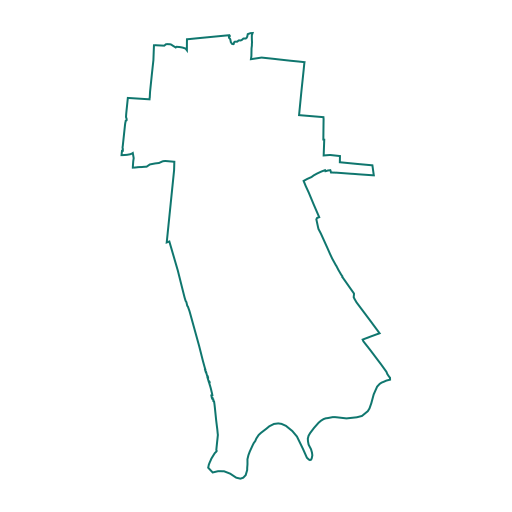 the district of Liesti, Galati, Romania, rotated 271°
{"feature_id": "2599482B2048722237539", "entity_name": "Liesti", "entity_type": "district", "adm_level": 2, "iso_a3": "ROU", "parent_name": "Romania", "parent_adm1": "Galati", "projection": "albers", "projection_center": [27.596, 45.626], "detail": "fine", "context": "isolated", "style": "outline", "palette": "teal", "viewbox_px": 512, "rotation_deg": 271, "n_neighbors": 0, "source": "geoboundaries", "source_scale": "gbopen_adm2", "svg_char_len": 4429}
<svg xmlns="http://www.w3.org/2000/svg" viewBox="0 0 512 512"><g transform="rotate(271 256 256)"><path d="M338.7,372.4L339.8,372.2L348.7,370.8L349.8,355.7L351.2,338.2L357.4,338.2L358.3,328.3L357.7,321.9L373.5,322.2L373.6,321.3L390.0,321.2L394.0,321.2L396.0,321.0L397.6,296.6L421.2,298.5L442.8,300.4L449.0,300.9L450.6,301.1L450.6,300.9L450.7,300.6L451.2,295.1L451.9,286.4L453.0,274.7L453.4,270.7L454.5,258.1L452.7,247.5L455.8,247.9L463.3,247.9L464.5,248.0L466.2,248.2L466.7,248.2L468.2,248.2L469.4,248.3L472.3,248.1L474.6,248.0L476.7,248.0L478.9,248.7L478.7,246.6L477.7,243.9L475.2,243.4L474.1,242.9L473.3,242.0L473.2,241.2L473.3,240.1L473.1,239.5L471.8,238.1L471.4,237.3L471.2,236.5L471.3,235.8L471.3,235.5L471.2,234.9L470.0,233.5L469.9,231.5L469.8,230.9L469.2,230.4L467.5,229.9L467.4,229.5L467.7,228.3L469.4,227.1L471.8,226.6L472.6,226.3L473.6,225.3L474.5,225.1L474.9,225.6L475.5,226.0L476.3,225.5L475.8,221.0L472.7,193.7L472.2,189.5L471.9,186.9L471.8,186.3L471.6,184.1L471.5,183.2L468.4,183.2L460.5,183.3L461.9,182.2L462.3,181.6L462.5,180.9L463.0,179.4L463.3,177.9L463.6,175.9L463.7,174.3L463.8,172.9L463.5,172.5L463.1,172.1L464.8,169.2L465.9,167.5L466.2,166.4L466.3,163.6L466.1,162.2L464.7,160.6L464.8,157.4L465.0,151.8L464.9,150.3L449.9,150.0L448.9,149.9L435.8,148.7L433.4,148.5L418.3,147.2L412.6,147.0L412.4,146.9L410.8,146.8L411.8,125.1L397.8,123.9L395.1,123.7L392.7,123.6L390.6,124.3L389.4,124.2L389.0,123.4L388.2,123.3L387.5,123.1L385.4,122.8L364.1,120.9L362.4,120.7L361.7,120.7L361.0,120.9L360.8,121.0L359.2,121.0L358.9,121.0L358.9,120.6L358.9,120.2L357.0,120.0L354.5,119.8L354.6,121.8L354.9,125.2L355.5,128.3L356.2,130.1L356.8,131.0L353.8,131.6L351.7,132.0L348.5,131.6L343.0,131.3L342.2,131.3L342.3,132.9L342.6,135.6L342.7,135.8L342.9,138.4L342.9,139.7L343.2,142.3L343.4,145.1L345.7,148.3L346.8,153.6L347.3,157.4L349.0,160.9L349.3,162.3L349.4,163.9L348.8,172.7L340.3,172.6L268.0,166.5L269.0,169.1L240.0,178.1L222.9,182.7L213.3,185.3L209.9,186.4L208.7,187.2L205.1,188.1L204.8,188.3L204.2,188.8L199.9,190.4L198.3,190.9L165.1,200.7L158.5,202.5L154.4,203.6L151.1,204.5L150.7,204.6L144.2,206.5L141.7,207.3L141.6,207.0L139.1,207.8L139.2,208.1L138.7,208.3L138.4,208.3L137.1,208.7L136.7,208.8L134.6,209.5L134.7,209.9L133.5,210.2L133.4,209.7L129.7,210.9L129.8,211.5L129.7,211.6L128.9,211.8L128.8,211.3L128.8,211.2L128.0,211.5L127.7,211.6L127.0,211.8L126.3,212.0L126.2,212.1L122.9,213.1L117.5,214.5L116.9,214.6L116.5,214.7L116.0,214.8L115.8,213.8L113.6,214.3L113.3,214.4L113.3,214.7L112.5,214.9L112.6,215.2L112.0,215.2L111.8,215.8L110.2,215.9L109.9,216.6L106.8,217.1L103.8,217.5L98.0,218.2L91.3,219.0L84.9,219.9L82.2,220.3L77.8,220.8L77.2,220.9L76.4,221.0L70.7,220.5L68.5,220.3L61.4,219.7L60.4,220.1L59.6,219.6L58.4,218.4L57.5,217.8L56.5,217.2L52.6,214.9L50.8,214.2L49.0,213.4L46.6,212.5L43.5,211.9L41.1,214.2L38.8,216.5L39.2,218.0L40.2,221.9L40.2,223.8L40.2,227.8L38.7,231.9L37.9,234.0L34.0,240.1L33.1,244.3L34.1,247.1L36.7,249.5L41.8,250.9L44.1,250.9L47.2,251.1L48.3,251.1L52.7,251.0L55.4,251.6L56.7,251.9L57.3,252.1L60.4,253.2L66.6,255.9L68.9,257.0L71.0,258.5L73.5,259.5L77.1,261.8L79.3,264.1L83.5,269.4L86.0,272.3L88.4,276.9L89.0,281.2L88.6,284.4L86.7,288.9L81.6,295.4L76.2,300.1L64.0,306.3L55.2,310.4L53.4,312.4L52.9,313.5L53.4,314.7L54.9,315.3L57.7,315.8L60.4,315.4L63.7,314.4L68.3,311.9L71.6,311.2L74.3,311.0L77.2,311.7L79.9,313.2L85.1,317.0L90.4,321.5L92.5,323.9L94.1,326.4L94.9,328.5L95.2,330.6L96.2,335.3L96.3,337.5L96.1,340.0L95.2,349.3L96.5,359.6L97.9,364.7L102.8,370.5L105.5,372.1L110.6,373.8L119.7,376.1L127.5,379.4L130.3,381.9L131.6,383.8L132.6,386.2L133.7,388.5L134.7,392.2L136.6,392.1L137.9,391.0L140.2,389.4L142.3,388.5L142.5,388.4L146.8,385.2L149.2,383.4L150.4,382.5L152.8,380.6L164.3,371.6L166.0,370.2L166.8,369.6L168.2,368.4L172.5,364.9L174.3,364.1L177.9,373.1L180.9,380.9L186.5,376.6L195.2,369.9L211.4,357.3L214.9,355.2L216.5,354.4L218.9,354.6L220.2,354.6L236.1,343.0L236.5,342.6L237.2,342.7L238.8,341.5L243.4,338.7L247.7,336.4L248.0,336.1L254.8,332.2L259.5,329.9L264.5,327.6L279.5,320.5L284.1,318.0L286.0,317.5L293.7,315.7L295.1,316.4L295.9,318.5L301.0,316.2L308.5,312.8L320.4,307.6L327.0,304.4L329.6,303.3L331.4,302.5L331.9,302.3L334.0,306.0L335.9,310.1L337.6,312.3L339.5,315.6L341.6,319.9L343.0,323.5L342.0,323.9L342.3,325.1L342.7,326.2L343.1,328.8L342.0,329.2L340.8,329.5L340.7,335.5L339.9,349.5L339.8,352.2L339.5,356.9L338.7,372.2L338.7,372.4Z" fill="none" stroke="#0f766e" stroke-width="2"/></g></svg>